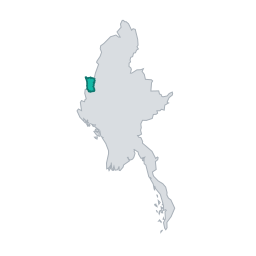 location of Falam, Chin, Myanmar, rotated 353°
{"feature_id": "60261553B58296948192675", "entity_name": "Falam", "entity_type": "district", "adm_level": 2, "iso_a3": "MMR", "parent_name": "Myanmar", "parent_adm1": "Chin", "projection": "albers", "projection_center": [93.718, 23.446], "detail": "fine", "context": "in_parent", "style": "filled", "palette": "teal", "viewbox_px": 256, "rotation_deg": 353, "n_neighbors": 0, "source": "geoboundaries", "source_scale": "gbopen_adm2", "svg_char_len": 6154}
<svg xmlns="http://www.w3.org/2000/svg" viewBox="0 0 256 256"><g transform="rotate(353 128 128)"><path d="M166.1,114.7L163.5,113.5L161.7,114.8L158.8,114.4L159.2,116.9L157.6,117.8L154.8,117.7L153.2,121.5L147.2,122.7L143.3,122.1L141.2,125.5L141.2,129.4L140.2,131.7L140.7,135.7L138.2,136.8L136.6,136.6L137.5,138.4L139.6,139.1L140.9,143.2L140.5,144.8L149.0,154.1L151.7,161.5L153.7,160.4L154.3,161.1L153.6,163.1L151.1,164.7L150.9,172.6L146.9,174.6L147.1,177.2L147.6,179.1L151.5,184.2L155.8,187.6L158.2,191.3L158.9,196.9L158.4,199.2L159.6,202.5L161.8,204.6L164.6,213.3L160.0,221.2L155.1,226.4L154.6,231.8L153.1,233.6L152.2,231.9L151.7,226.3L154.0,222.7L154.5,215.8L156.0,214.3L155.2,213.6L153.3,214.2L153.8,208.6L152.6,208.4L153.5,207.2L152.0,197.9L148.0,191.5L147.4,188.7L146.9,192.5L146.5,191.8L146.2,186.6L143.9,181.1L144.1,180.6L145.1,181.0L144.1,179.8L143.4,180.1L142.7,178.7L141.2,167.0L139.7,165.4L140.1,160.3L141.1,159.0L137.2,159.7L135.3,155.4L135.1,153.1L131.1,149.7L131.8,150.8L131.2,151.9L131.9,153.9L130.3,157.7L128.8,159.4L126.6,160.1L124.9,159.1L124.5,157.1L123.9,157.1L125.4,160.8L119.2,164.1L118.3,166.3L115.0,169.3L114.0,168.9L114.5,165.0L112.6,168.2L110.0,168.3L109.4,164.1L108.3,166.5L106.8,167.3L107.2,160.3L106.8,162.3L104.3,165.1L101.9,166.0L102.4,160.2L105.6,151.1L105.9,148.1L104.1,140.7L101.2,134.6L102.0,134.5L100.0,132.7L99.8,128.2L98.6,129.8L98.5,132.7L96.0,131.2L93.7,127.2L94.6,126.9L97.3,128.7L98.8,127.7L99.2,126.4L95.0,122.5L96.0,120.9L94.7,120.9L91.0,119.1L90.0,119.4L90.5,121.1L89.7,121.5L88.3,119.0L89.3,117.8L88.5,117.7L89.0,115.5L88.7,115.2L87.0,118.1L86.0,117.4L87.1,115.9L86.7,115.1L85.2,113.3L85.3,116.4L81.6,111.5L79.5,104.8L81.1,103.1L84.0,105.1L83.8,96.9L85.1,95.1L88.0,96.6L88.9,94.5L90.1,94.0L89.3,88.3L90.2,84.6L92.2,84.0L92.7,81.1L92.9,77.1L92.0,72.6L93.8,73.7L95.8,73.3L100.5,74.8L102.3,69.6L106.6,61.2L104.9,59.2L105.2,58.0L109.0,53.6L111.0,49.6L110.1,46.0L110.9,43.1L114.3,41.2L121.8,35.3L127.4,34.3L129.7,36.6L131.3,36.8L128.8,31.3L133.4,27.2L133.2,23.9L135.4,20.5L136.6,20.6L137.8,22.2L139.0,22.2L141.2,24.6L143.5,31.4L145.1,30.1L147.2,31.0L148.4,41.1L148.1,47.0L146.8,48.4L147.9,50.8L145.9,51.8L144.6,54.2L142.6,54.4L141.3,57.7L139.3,58.2L138.3,60.8L138.6,62.7L137.0,63.8L136.5,67.1L138.0,68.4L138.5,70.1L137.1,73.9L138.4,74.0L143.9,71.4L147.8,71.7L150.5,71.0L148.9,73.6L150.7,76.8L151.2,81.8L157.1,83.0L158.2,84.3L156.9,85.9L155.2,94.1L163.0,94.9L163.4,98.0L165.1,99.1L165.4,100.8L166.5,101.3L170.7,101.0L173.1,98.8L176.3,97.7L176.5,99.4L175.9,100.8L172.5,102.8L170.2,106.6L170.1,107.4L171.3,108.1L167.3,109.8L166.1,114.7ZM96.1,125.0L98.7,126.5L98.2,127.7L96.6,127.7L95.3,125.8L96.1,125.0ZM149.2,203.6L150.9,205.8L149.3,207.5L149.2,203.6ZM95.9,135.2L94.5,134.3L93.6,133.0L96.5,133.1L95.9,135.2ZM151.9,213.5L152.1,216.5L151.0,216.2L150.2,213.7L151.9,213.5ZM105.7,166.0L104.0,168.0L103.7,166.3L106.1,163.8L105.7,166.0ZM139.6,162.7L138.5,162.1L138.3,160.4L139.1,159.8L139.8,160.7L139.6,162.7ZM148.5,217.3L148.3,216.3L149.3,213.8L149.2,216.0L148.5,217.3ZM148.1,223.0L149.6,225.2L149.4,225.7L148.0,223.9L147.1,224.1L148.1,223.0ZM152.9,211.7L151.3,212.4L151.2,210.3L152.9,211.7ZM149.9,233.5L147.9,235.5L148.1,234.4L149.9,233.5ZM87.9,119.3L88.5,121.9L87.4,118.9L87.9,119.3ZM149.0,198.7L149.0,200.6L148.4,197.6L149.0,198.7ZM93.7,121.1L93.9,122.7L92.8,120.5L93.7,121.1ZM147.3,209.7L146.1,208.8L146.5,208.1L147.1,208.2L147.3,209.7ZM146.4,207.0L145.7,208.2L145.0,207.5L145.5,206.9L146.4,207.0ZM146.8,214.4L146.9,215.5L146.0,213.0L146.8,214.4ZM108.4,168.3L107.6,168.2L108.7,167.0L108.8,167.4L108.4,168.3ZM152.5,223.1L151.7,222.9L152.2,221.6L152.5,223.1Z" fill="#d9dde1" stroke="#a8b0b8" stroke-width="1"/><path d="M100.7,75.3L100.4,75.2L100.3,74.9L100.2,74.7L99.9,74.7L99.7,74.7L99.6,74.4L99.4,74.3L99.3,74.2L99.2,74.3L99.0,74.2L98.9,74.3L98.8,74.2L98.7,74.2L98.4,74.0L98.1,74.0L98.0,73.9L98.0,74.0L97.9,74.1L97.7,74.2L97.4,74.2L97.2,74.3L97.1,74.2L96.9,73.8L96.7,73.6L96.6,73.3L96.4,73.4L96.2,73.4L95.8,73.3L95.7,73.3L95.3,73.3L95.2,73.3L95.0,73.5L94.9,73.7L94.8,73.8L94.7,73.8L94.5,73.7L94.4,73.7L94.3,73.8L94.2,73.9L94.1,74.0L93.9,74.0L93.7,73.9L93.5,73.7L93.4,73.6L93.5,73.5L93.4,73.3L93.4,73.2L93.2,73.2L93.1,72.9L93.0,72.7L92.9,72.5L92.8,72.4L92.7,72.4L92.4,72.3L92.3,72.2L92.2,72.1L92.3,72.3L92.1,72.3L92.0,72.5L92.0,72.8L92.1,73.0L92.1,73.3L92.1,73.5L92.3,73.9L92.3,74.0L92.5,74.2L92.7,74.3L92.6,74.9L92.6,75.1L92.7,75.5L92.8,75.6L92.7,75.9L92.7,76.0L92.8,76.3L92.9,76.5L92.9,76.8L93.1,77.0L93.0,77.3L92.9,77.6L93.0,77.7L93.0,77.9L93.0,78.0L93.0,78.3L92.9,78.4L92.9,78.5L93.0,78.8L92.8,79.0L92.7,79.2L92.7,79.4L92.7,79.5L92.7,79.8L92.7,80.0L92.7,80.3L92.8,80.5L92.7,80.6L92.6,80.8L92.4,80.9L92.3,81.0L92.4,81.4L92.4,81.6L92.4,81.9L92.4,82.0L92.5,82.1L92.6,82.3L92.6,82.5L92.5,82.8L92.5,83.0L92.4,83.2L92.4,83.3L92.5,83.4L92.5,83.5L92.3,83.6L92.3,83.9L92.2,83.9L92.1,84.2L92.3,84.3L92.4,84.5L92.5,84.8L92.6,85.0L92.9,85.0L93.0,85.0L93.2,85.3L93.3,85.4L93.3,85.5L93.3,85.9L93.4,86.0L93.3,86.3L93.4,86.6L93.5,86.6L93.6,86.8L93.5,87.0L93.8,87.2L94.0,87.2L94.3,87.0L94.3,87.3L94.5,87.4L94.8,87.5L94.8,87.4L95.0,87.3L95.2,87.2L95.2,87.3L95.3,87.3L95.4,87.2L95.5,87.2L95.6,87.3L96.0,87.5L96.5,87.3L96.9,87.3L97.0,87.3L97.3,87.3L97.6,87.1L97.8,87.2L97.8,87.4L98.1,87.4L98.3,87.4L98.5,87.3L98.7,87.2L98.8,87.2L98.9,87.3L99.0,87.3L99.1,87.2L99.3,86.9L99.4,86.7L99.3,86.4L99.2,86.3L99.3,86.1L99.2,85.9L99.1,85.6L99.4,85.6L99.4,85.4L99.2,85.4L99.2,85.2L99.2,84.9L99.2,84.6L99.2,84.4L99.2,84.2L98.9,84.0L98.9,83.9L98.9,83.6L98.8,83.4L98.8,83.2L98.7,83.1L98.6,82.9L98.8,82.9L98.8,82.7L98.7,82.7L98.7,82.4L98.8,82.4L99.0,82.3L99.1,82.2L99.2,81.9L99.2,81.7L99.3,81.6L99.2,81.4L99.2,81.2L99.2,80.9L99.2,80.7L98.9,80.5L98.9,80.4L98.7,80.4L98.8,80.4L99.0,80.4L99.3,80.5L99.4,80.8L99.4,80.7L99.5,80.5L99.4,80.5L99.4,80.4L99.5,80.3L99.5,80.2L99.5,79.7L99.5,79.4L99.5,78.9L99.3,78.7L99.4,78.4L99.5,78.4L99.8,78.5L100.0,78.6L100.0,78.8L100.0,79.0L100.2,78.9L100.1,78.7L100.3,78.7L100.4,78.4L100.4,78.2L100.5,78.0L100.4,77.9L100.5,77.8L100.5,77.7L100.6,77.4L100.6,77.2L100.8,77.0L100.7,76.9L100.6,76.6L100.8,76.4L100.7,76.2L100.6,75.9L100.6,75.7L100.6,75.4L100.7,75.3Z" fill="#14b8a6" stroke="#0f766e" stroke-width="1.5"/></g></svg>